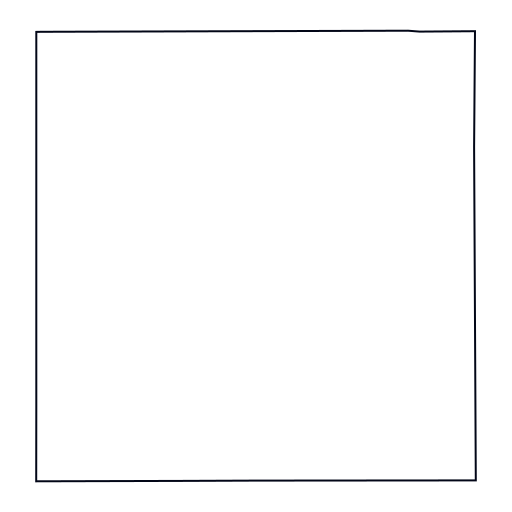 outline of Newton, Mississippi, United States of America
{"feature_id": "52423323B80025699833508", "entity_name": "Newton", "entity_type": "district", "adm_level": 2, "iso_a3": "USA", "parent_name": "United States of America", "parent_adm1": "Mississippi", "projection": "mercator", "projection_center": [-89.133, 32.4], "detail": "fine", "context": "isolated", "style": "outline", "palette": "ink", "viewbox_px": 512, "rotation_deg": 0, "n_neighbors": 0, "source": "geoboundaries", "source_scale": "gbopen_adm2", "svg_char_len": 260}
<svg xmlns="http://www.w3.org/2000/svg" viewBox="0 0 512 512"><path d="M36.3,31.9L36.3,406.8L36.2,481.3L183.4,480.9L256.6,480.6L475.8,480.4L474.1,146.7L475.0,31.2L419.6,31.6L408.0,30.7L41.7,31.8L36.3,31.9Z" fill="none" stroke="#020617" stroke-width="2"/></svg>